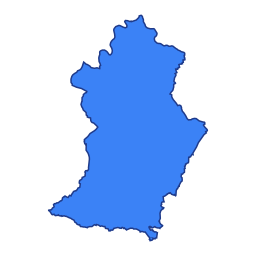 Tha Maka, Kanchanaburi, Thailand (Albers equal-area conic projection)
{"feature_id": "78962969B86191185108320", "entity_name": "Tha Maka", "entity_type": "district", "adm_level": 2, "iso_a3": "THA", "parent_name": "Thailand", "parent_adm1": "Kanchanaburi", "projection": "albers", "projection_center": [99.774, 13.954], "detail": "fine", "context": "isolated", "style": "filled", "palette": "blue", "viewbox_px": 256, "rotation_deg": 0, "n_neighbors": 0, "source": "geoboundaries", "source_scale": "gbopen_adm2", "svg_char_len": 5787}
<svg xmlns="http://www.w3.org/2000/svg" viewBox="0 0 256 256"><path d="M204.7,122.5L204.4,122.2L202.9,122.0L199.2,120.9L196.2,118.6L194.4,118.4L192.0,119.0L191.2,119.7L188.4,119.9L187.1,118.6L185.6,115.6L183.7,112.7L182.4,111.3L181.4,108.3L181.5,107.4L180.7,105.6L179.2,105.1L177.7,105.6L176.3,103.3L173.3,99.7L172.3,98.0L171.7,96.6L171.7,94.8L170.0,94.0L171.1,92.2L172.8,90.4L172.9,89.7L173.3,88.9L173.3,88.2L173.7,87.2L173.7,84.4L174.1,84.0L175.0,83.7L175.5,83.2L175.0,82.4L174.0,81.7L174.0,80.6L174.3,79.6L174.5,77.9L175.9,75.4L175.9,74.5L175.1,73.6L176.9,72.6L175.9,70.3L175.7,69.1L177.6,69.3L177.5,68.3L178.6,68.0L178.6,67.6L179.6,67.2L178.9,64.6L180.3,64.1L181.4,64.1L181.6,63.7L182.4,63.7L182.3,62.6L183.3,62.3L183.0,60.0L183.8,59.8L184.1,60.0L184.7,59.9L184.6,59.0L184.9,59.0L184.7,57.7L184.4,57.5L184.2,55.4L184.6,55.3L184.7,55.0L184.7,53.2L183.9,52.4L181.1,51.6L180.0,50.8L178.1,50.1L177.3,49.3L175.9,48.5L172.8,46.1L171.5,45.9L170.0,46.3L168.7,46.2L167.7,45.5L167.0,45.3L165.9,45.3L164.8,45.8L164.0,45.8L163.3,45.5L160.7,43.7L159.9,43.5L158.1,43.4L156.9,43.0L154.8,41.0L154.3,38.9L154.7,37.2L155.8,36.4L156.5,35.5L156.9,34.3L157.0,33.2L154.4,29.0L153.5,28.7L150.6,28.8L149.6,28.6L147.4,28.0L146.0,26.9L145.4,26.0L145.0,24.5L143.4,21.7L143.4,19.9L143.3,19.2L142.7,18.0L142.4,16.6L141.5,15.4L140.7,15.4L139.2,15.9L139.2,16.5L138.7,17.6L136.3,20.0L131.7,21.6L131.5,21.2L130.3,21.3L130.1,21.6L127.6,20.7L125.4,20.5L124.8,21.3L124.7,21.7L126.9,25.3L126.9,26.2L126.7,27.2L125.3,27.8L123.3,27.2L120.0,25.6L118.9,25.4L115.8,26.6L114.2,28.5L113.8,29.6L113.8,30.6L114.6,34.0L114.9,36.9L114.8,37.4L114.2,38.7L112.8,39.7L111.5,41.2L110.7,42.6L110.2,44.5L110.3,45.6L111.7,48.1L112.3,50.3L112.1,52.5L111.3,54.0L110.3,54.9L109.2,54.7L107.3,52.0L106.0,50.9L104.6,50.1L102.3,50.1L100.5,50.9L99.9,51.5L99.7,52.2L99.8,54.5L99.1,56.4L98.8,58.0L99.1,61.6L100.0,63.4L100.6,65.4L99.6,66.2L99.8,68.2L99.7,68.6L97.0,67.8L94.4,68.3L91.1,67.6L89.9,66.1L87.3,64.5L86.3,64.3L83.7,62.1L82.2,66.7L81.0,68.9L79.7,70.0L77.6,70.8L76.7,72.3L74.4,73.6L72.7,75.0L71.8,76.5L71.0,79.1L71.0,80.9L71.1,82.6L72.2,84.0L72.2,85.3L76.5,87.2L81.5,88.5L86.8,91.4L86.4,92.6L85.8,92.7L84.9,93.2L83.4,94.5L83.3,95.9L82.7,96.9L82.1,97.5L82.0,101.4L81.8,101.5L81.0,104.4L81.8,106.9L82.5,107.8L83.3,110.0L86.1,112.5L86.3,115.1L87.3,115.7L87.3,117.0L88.4,117.5L90.5,117.9L90.8,120.6L91.3,121.7L92.1,122.5L93.7,123.0L96.7,125.8L97.8,127.1L96.1,129.3L94.5,130.7L90.1,133.5L87.8,136.6L84.4,139.5L84.4,140.5L84.6,141.0L84.2,141.3L84.7,143.4L84.9,143.4L85.2,144.1L86.2,144.0L86.2,145.1L85.9,145.2L86.2,146.1L86.1,150.2L87.9,152.9L88.6,154.6L89.3,157.1L89.4,159.3L88.5,167.6L88.6,169.2L87.5,170.8L86.1,170.6L85.6,170.8L84.9,172.0L85.1,172.1L85.4,172.8L85.1,174.8L85.2,175.9L83.5,177.0L82.2,177.4L82.0,178.8L81.2,179.6L79.6,180.5L79.5,181.5L79.2,182.0L79.4,183.4L80.3,183.8L79.8,187.3L77.9,188.1L77.2,189.7L76.4,190.2L75.9,190.9L75.3,190.8L73.5,191.5L72.8,192.9L72.2,193.4L72.1,193.9L71.6,194.5L71.0,195.9L69.7,195.3L68.8,196.3L68.1,197.5L67.1,197.2L65.0,196.0L64.5,196.8L63.9,196.7L62.5,197.9L62.2,199.8L61.3,200.8L60.7,200.8L58.1,202.8L56.9,202.8L55.5,203.7L54.4,203.7L53.5,204.7L54.1,206.5L53.9,207.1L52.5,208.0L51.5,209.7L48.7,210.2L48.7,210.6L49.5,210.9L51.8,214.3L52.3,214.7L54.0,214.3L54.1,214.7L55.0,215.2L55.3,215.6L57.9,215.3L58.3,214.9L58.8,215.5L60.0,215.7L60.2,216.0L61.7,215.7L61.9,216.3L64.2,215.8L65.3,216.3L66.2,216.3L69.1,217.7L71.0,218.4L71.5,218.9L74.0,220.2L74.9,222.2L76.3,223.0L77.0,224.2L78.6,224.9L79.6,224.7L80.3,226.3L80.7,226.6L81.9,226.6L83.4,227.0L84.8,227.0L87.4,227.7L87.8,227.1L89.6,226.6L91.9,226.6L94.4,224.7L96.1,225.4L96.4,224.5L98.6,225.1L100.3,226.3L101.8,225.9L103.6,226.6L104.9,226.5L105.5,228.4L108.0,228.7L109.0,230.9L110.4,230.8L110.4,230.2L110.9,230.1L112.8,230.1L113.2,229.3L113.7,228.9L113.8,228.4L117.7,227.5L118.8,227.7L119.6,227.9L119.6,228.1L121.4,228.3L121.9,227.5L122.7,227.5L123.8,228.5L124.4,228.0L125.7,229.3L126.3,229.3L126.5,229.9L130.4,228.2L132.9,228.3L133.6,229.0L136.3,229.0L137.6,229.6L139.8,230.8L140.2,232.0L142.0,231.4L144.1,232.1L145.2,232.0L148.8,236.9L149.8,237.6L149.4,239.4L150.0,239.6L150.0,240.6L150.6,240.6L152.3,240.0L153.4,238.8L153.0,238.3L155.0,238.9L155.3,238.1L156.7,237.9L156.7,237.3L157.3,233.0L157.1,233.1L156.8,232.5L156.0,231.9L154.4,231.9L154.0,231.4L153.6,231.4L153.1,231.1L153.1,230.4L152.5,230.3L152.2,229.7L150.7,230.2L149.8,229.0L149.9,228.5L149.6,227.6L149.1,227.7L149.0,226.9L149.9,226.4L150.3,227.2L151.1,226.9L151.4,227.8L152.1,227.8L152.8,227.7L153.2,227.3L153.8,227.3L154.8,226.6L156.0,227.5L158.1,228.0L159.2,227.9L159.9,228.4L160.2,227.8L160.9,227.4L161.4,226.7L162.1,226.4L162.6,225.8L162.6,225.5L160.8,224.3L159.6,222.5L159.4,222.0L159.6,221.8L159.0,221.1L159.7,220.0L160.3,218.3L160.0,213.3L160.7,211.0L161.1,210.3L162.2,209.4L162.3,208.8L163.3,208.8L163.8,207.8L161.5,206.7L160.9,205.6L161.7,204.3L161.4,204.0L161.7,202.4L162.4,202.0L164.1,201.8L163.5,200.1L163.2,196.6L164.7,196.1L167.4,194.2L167.3,193.9L168.3,193.5L169.1,192.9L169.5,193.3L170.3,192.8L171.6,194.3L173.9,195.1L174.4,194.6L174.9,195.3L175.6,195.8L175.9,195.3L176.2,190.7L176.7,189.4L177.0,188.9L177.5,188.8L178.6,186.2L179.2,186.3L179.4,184.8L180.9,182.0L182.1,181.0L182.2,179.2L182.0,178.2L182.1,177.9L181.2,176.9L181.1,176.3L181.5,174.6L181.4,174.2L182.6,174.1L183.4,172.9L184.4,172.4L184.5,171.0L184.3,168.9L185.1,168.5L184.6,166.3L185.3,166.0L185.6,164.0L186.3,164.0L187.0,163.2L188.4,162.7L188.6,161.6L188.7,157.3L189.5,157.3L190.0,157.0L190.1,156.6L190.6,156.7L191.9,154.4L193.1,154.7L192.9,153.4L193.0,152.9L196.5,147.0L198.4,142.6L204.1,134.5L206.3,132.9L205.7,131.6L206.8,131.2L207.3,130.6L207.3,130.1L207.0,129.4L204.8,127.1L203.5,125.2L203.5,124.9L203.8,124.5L204.9,124.0L204.6,122.7L204.7,122.5Z" fill="#3b82f6" stroke="#1e3a8a" stroke-width="1.5"/></svg>